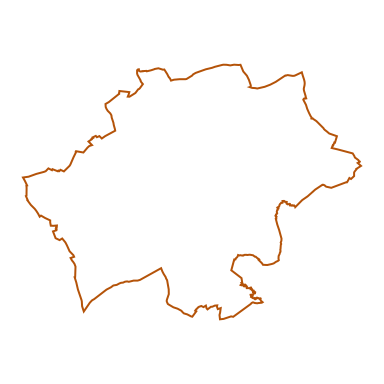 Gulpen-Wittem, Limburg, Netherlands (Robinson projection)
{"feature_id": "6326949B15301037000239", "entity_name": "Gulpen-Wittem", "entity_type": "district", "adm_level": 2, "iso_a3": "NLD", "parent_name": "Netherlands", "parent_adm1": "Limburg", "projection": "robinson", "projection_center": [5.917, 50.8], "detail": "fine", "context": "isolated", "style": "outline", "palette": "amber", "viewbox_px": 384, "rotation_deg": 0, "n_neighbors": 0, "source": "geoboundaries", "source_scale": "gbopen_adm2", "svg_char_len": 5920}
<svg xmlns="http://www.w3.org/2000/svg" viewBox="0 0 384 384"><path d="M301.8,72.3L295.3,75.4L294.1,75.8L292.7,75.9L287.7,75.1L287.1,75.2L285.7,75.7L285.3,75.5L275.7,81.9L270.2,84.7L264.7,86.8L257.3,88.5L255.2,88.1L252.1,87.9L249.8,87.1L250.1,87.0L250.6,86.3L250.8,85.9L250.7,85.1L248.9,79.8L246.9,75.7L243.3,71.5L240.5,64.8L238.7,65.0L234.1,64.7L230.3,65.4L226.7,64.8L223.4,64.7L222.3,64.9L214.9,66.8L212.1,67.8L205.8,69.3L195.7,72.9L193.1,74.4L192.1,75.6L186.5,79.0L185.4,79.2L179.6,79.2L174.0,79.7L171.0,80.6L170.0,78.5L169.4,77.7L168.9,77.4L168.9,77.1L168.3,76.3L167.3,74.2L164.3,69.5L163.0,69.7L158.4,68.3L154.6,69.0L154.1,69.3L151.0,70.3L146.8,71.3L146.5,70.9L142.6,71.1L142.6,71.3L140.3,71.5L139.1,70.9L138.9,70.3L138.9,69.3L138.2,69.3L137.7,69.7L137.5,70.3L137.1,70.4L137.1,73.5L137.5,74.9L140.6,80.4L140.5,80.7L141.0,81.8L142.8,84.0L142.7,84.1L142.8,84.2L140.0,88.0L139.2,88.9L138.2,89.3L135.4,93.0L129.5,96.7L127.8,96.6L128.7,94.4L129.3,92.1L119.4,91.0L119.2,93.3L119.0,93.2L118.8,94.1L108.8,102.1L105.5,104.0L105.7,107.0L106.4,108.7L107.7,110.8L110.3,113.4L111.4,115.3L111.7,117.6L113.4,122.7L113.8,125.1L114.9,129.0L115.2,130.7L105.2,136.1L101.8,138.5L99.4,136.1L96.9,137.2L95.8,135.9L92.6,137.4L93.1,138.0L91.4,139.1L91.6,139.4L88.5,141.5L92.0,145.1L89.3,146.0L87.6,147.5L83.4,152.5L76.0,151.2L75.8,151.6L76.2,151.8L76.1,152.0L73.5,157.3L70.3,164.7L69.5,165.9L63.9,171.4L60.4,169.8L59.4,171.1L58.4,170.6L57.9,171.3L52.5,169.2L52.0,170.2L48.4,168.4L45.7,171.2L43.9,171.9L36.4,173.9L28.6,176.7L23.0,177.5L24.9,180.9L27.1,185.5L26.4,185.7L26.6,187.9L26.5,195.6L25.9,196.0L28.0,200.8L27.8,200.8L30.9,205.0L34.7,208.8L36.1,210.6L38.0,213.5L39.7,216.7L41.0,215.6L45.1,218.0L50.2,220.4L50.2,222.5L50.8,225.7L53.5,225.8L56.9,225.5L56.7,227.5L56.1,227.6L56.5,229.0L55.9,229.1L56.3,230.3L53.0,231.4L55.6,238.2L59.6,240.1L62.2,238.5L65.4,242.4L66.9,245.3L69.6,251.3L73.4,255.2L74.1,256.8L70.6,258.0L72.0,260.5L73.1,261.8L74.5,263.9L75.5,266.6L75.2,276.0L75.1,277.4L74.7,277.4L76.3,282.5L77.9,289.4L81.5,300.0L81.8,301.3L82.1,306.2L83.8,311.5L89.9,302.6L92.1,300.3L94.2,299.1L106.5,289.6L111.1,287.2L113.0,285.7L113.7,285.4L116.7,284.9L119.5,283.4L121.1,282.8L123.1,282.6L125.0,281.7L127.1,281.4L128.8,281.8L133.6,280.6L137.6,280.6L140.0,279.9L161.1,268.2L162.4,271.5L163.7,274.0L165.6,277.0L166.1,278.5L167.1,280.2L168.7,289.3L168.8,294.1L166.9,299.7L166.7,300.8L166.8,301.6L167.8,303.9L168.5,304.4L173.4,307.3L177.6,308.7L181.1,310.6L181.7,311.1L182.5,312.1L183.9,313.4L187.3,314.4L191.1,316.4L192.3,316.7L196.3,311.3L195.2,310.7L196.0,309.5L197.6,308.1L197.7,307.7L199.0,306.8L201.3,306.0L203.5,307.1L205.9,305.6L206.6,308.4L207.5,309.4L210.9,306.8L212.4,306.7L214.8,305.6L217.2,305.4L216.9,306.5L217.8,309.1L220.7,308.1L220.1,312.7L219.5,315.0L220.0,319.3L223.6,318.9L231.1,316.4L233.2,316.8L250.6,304.1L251.6,303.0L252.8,302.4L253.2,302.4L254.8,303.0L257.3,303.3L258.0,303.1L261.8,302.7L262.6,302.2L260.9,300.7L260.4,299.5L260.7,298.7L260.5,298.3L260.2,298.3L259.4,298.9L258.6,298.1L257.8,298.0L257.0,297.6L256.7,297.8L256.7,298.2L255.3,298.1L255.7,299.0L255.1,299.3L254.8,299.1L254.6,298.2L253.6,298.3L252.4,297.9L252.2,297.4L252.4,296.7L251.4,297.0L251.0,296.9L251.2,295.6L250.7,295.3L250.6,294.8L253.0,294.5L253.1,294.2L253.7,293.7L255.0,293.3L255.2,292.2L254.8,291.9L253.7,292.3L253.0,292.2L253.0,291.8L253.5,291.2L253.6,290.7L252.2,290.5L252.0,290.2L252.3,289.5L252.1,289.2L250.6,289.2L250.6,288.8L251.3,288.5L251.1,287.6L250.4,287.6L249.8,288.1L246.7,288.1L246.5,287.6L246.9,286.5L245.5,286.1L245.5,285.7L246.0,285.6L246.0,285.4L245.2,284.6L244.4,284.7L245.0,285.8L244.8,286.2L244.4,286.4L243.9,286.3L243.4,285.4L241.7,285.3L240.6,285.0L240.8,284.6L241.3,284.4L242.5,284.4L242.8,284.0L242.5,283.4L241.7,282.7L242.2,282.5L241.5,278.1L231.3,270.3L234.1,259.9L234.4,260.1L234.8,259.3L235.5,259.3L235.9,258.3L237.0,257.3L237.6,256.5L238.1,255.0L239.5,255.5L240.3,255.2L242.4,255.6L243.0,255.3L243.5,255.5L244.3,254.9L246.2,254.8L247.1,255.0L249.8,254.7L253.1,255.3L254.9,256.7L255.7,256.7L257.0,257.9L259.0,259.2L259.2,259.4L258.6,259.9L262.0,263.3L263.0,264.8L267.3,265.0L271.8,264.0L273.7,263.4L276.0,261.8L277.8,261.0L278.8,260.2L278.5,258.5L278.6,256.6L278.6,256.1L279.7,253.8L279.8,253.0L280.5,251.7L280.3,251.1L280.5,250.5L280.3,249.6L280.5,249.0L280.8,244.9L281.2,244.0L280.7,242.6L281.4,240.8L281.5,238.6L279.1,229.9L277.3,224.6L275.8,218.8L276.3,218.6L276.1,217.9L276.5,216.8L275.7,216.4L275.5,215.6L276.0,215.2L275.9,214.9L276.1,214.3L276.8,213.9L277.2,213.2L277.0,212.7L276.9,212.5L276.8,211.5L277.1,210.5L277.5,210.2L277.4,209.2L278.3,208.8L278.5,208.3L278.5,208.0L277.6,207.4L279.0,206.5L279.4,205.8L279.4,205.2L280.1,203.9L281.1,203.1L281.2,202.8L282.4,202.8L282.7,202.6L282.5,201.0L284.0,200.9L284.6,201.2L284.9,201.8L286.3,201.9L286.1,202.2L286.3,202.3L286.2,202.7L286.6,203.0L286.7,203.5L287.1,203.5L287.1,204.0L287.5,204.3L288.2,204.3L289.3,203.9L289.6,204.3L289.9,204.2L290.0,205.2L290.3,205.1L290.5,205.4L291.1,205.2L291.9,205.7L292.2,205.3L292.8,205.2L293.6,205.7L294.2,205.5L294.7,206.1L294.7,206.3L295.2,206.7L295.3,207.1L302.2,200.1L307.8,196.2L315.2,189.6L322.4,184.8L322.8,185.0L323.4,184.8L324.6,185.3L325.6,186.3L326.3,186.7L331.3,187.8L346.6,182.1L346.9,182.3L347.3,181.9L349.4,178.0L351.0,179.0L354.1,176.1L354.1,172.6L354.5,171.7L356.7,169.0L356.5,168.8L361.0,165.9L357.7,163.0L359.6,162.0L359.8,161.6L359.7,161.5L359.2,161.7L358.4,160.1L354.9,157.5L354.3,156.0L352.7,153.4L337.7,149.4L331.7,148.0L332.8,145.2L333.2,145.4L334.4,142.4L335.0,142.6L336.9,136.2L329.2,133.5L327.0,131.6L324.8,129.9L324.0,129.1L323.5,128.2L316.4,121.1L313.0,118.8L312.7,118.4L311.8,118.6L311.4,118.5L311.6,117.8L311.5,117.4L310.6,116.1L309.0,112.9L307.2,108.8L306.0,104.9L303.3,99.7L303.7,98.9L304.2,98.5L305.2,98.6L306.2,98.4L305.6,96.8L305.7,96.4L304.0,90.7L303.8,89.5L303.8,88.5L304.5,85.4L304.7,83.7L304.6,81.9L304.1,79.7L302.7,75.4L301.8,72.3Z" fill="none" stroke="#b45309" stroke-width="2"/></svg>